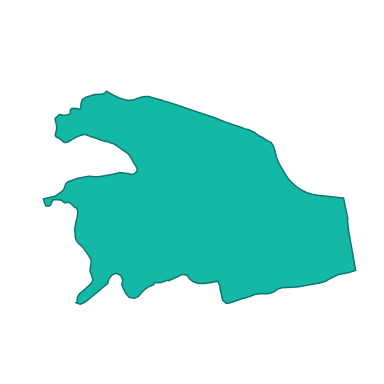 Al Qubaytah, Lahij, Yemen, rotated 347°
{"feature_id": "15242507B21830684788724", "entity_name": "Al Qubaytah", "entity_type": "district", "adm_level": 2, "iso_a3": "YEM", "parent_name": "Yemen", "parent_adm1": "Lahij", "projection": "mercator", "projection_center": [44.415, 13.329], "detail": "fine", "context": "isolated", "style": "filled", "palette": "teal", "viewbox_px": 384, "rotation_deg": 347, "n_neighbors": 0, "source": "geoboundaries", "source_scale": "gbopen_adm2", "svg_char_len": 4061}
<svg xmlns="http://www.w3.org/2000/svg" viewBox="0 0 384 384"><g transform="rotate(347 192 192)"><path d="M73.1,102.6L72.8,103.2L72.1,104.3L71.5,106.3L71.7,107.3L72.2,108.0L72.9,108.4L73.6,108.9L74.4,109.6L75.8,111.2L78.5,114.9L79.0,115.1L80.3,115.4L82.5,115.4L85.6,114.4L87.8,113.5L90.0,112.9L92.2,112.4L95.7,111.8L98.9,111.7L101.0,112.0L103.3,113.4L105.9,115.4L110.5,117.9L113.8,120.2L119.3,123.5L119.5,123.4L120.1,123.5L121.9,124.5L123.8,125.9L126.1,127.1L129.5,130.4L133.4,134.9L137.5,139.3L139.5,142.5L139.9,143.9L140.8,146.7L142.3,152.1L142.7,153.0L143.6,155.9L143.6,156.0L143.8,157.3L143.5,158.3L142.7,159.5L141.2,160.5L139.7,161.3L138.3,161.4L137.7,161.3L137.0,161.2L136.0,160.7L134.7,160.0L132.2,159.0L129.6,158.1L125.6,156.7L121.8,157.0L118.9,156.9L106.8,156.3L106.2,156.2L102.3,155.8L95.7,153.6L94.5,153.4L83.9,152.9L74.0,154.1L73.1,154.2L72.2,154.8L71.7,155.1L70.9,155.6L68.8,158.9L67.1,161.2L65.3,162.1L65.2,162.2L62.4,163.5L62.2,163.6L58.6,164.9L57.6,165.3L54.2,165.3L53.9,165.3L52.2,165.3L51.5,165.3L50.8,165.3L49.6,165.3L45.7,165.3L45.8,165.8L45.8,167.3L45.8,167.8L45.9,168.8L46.0,169.5L46.3,171.5L46.6,172.7L48.8,173.6L49.0,173.6L51.0,173.0L54.0,169.2L54.5,168.2L55.6,168.6L57.4,168.8L63.0,170.6L64.2,172.6L65.6,174.0L66.1,174.1L66.9,174.0L67.9,174.0L68.8,174.1L69.8,174.4L70.3,174.7L73.3,178.9L74.7,180.9L76.1,181.8L76.1,183.5L76.1,184.0L76.2,186.1L76.0,186.4L74.7,190.2L74.5,190.7L73.0,193.4L72.1,195.2L71.0,197.9L70.9,198.2L70.7,198.7L70.6,198.9L69.6,201.1L69.1,203.4L68.8,205.6L68.4,208.2L68.3,209.2L68.1,210.2L68.1,210.6L68.4,213.0L68.4,213.4L68.5,213.6L69.1,215.0L69.5,215.9L69.7,216.4L70.2,217.0L70.6,217.6L70.9,218.0L71.8,219.3L72.1,219.5L72.8,220.6L73.0,220.9L73.2,221.4L73.3,221.6L74.6,224.8L74.9,225.4L75.8,227.6L76.2,228.6L77.0,230.9L78.4,235.0L78.1,236.8L77.8,238.3L76.5,241.6L75.0,245.5L75.0,247.6L75.5,250.9L75.6,254.4L75.1,256.0L74.5,257.1L73.4,258.2L70.8,259.8L70.0,260.3L68.9,260.9L66.1,262.5L60.0,265.6L59.3,265.9L59.2,265.9L58.3,266.9L56.7,268.9L56.1,270.9L55.3,273.3L54.1,273.7L55.1,274.6L58.0,276.2L62.8,275.4L89.2,262.2L91.5,258.0L95.3,254.9L100.1,254.2L101.9,255.8L103.8,257.4L104.8,262.2L102.6,266.5L103.6,271.3L104.7,276.0L107.0,280.4L111.4,282.5L116.2,281.8L120.2,278.7L124.3,276.2L128.9,274.5L133.6,273.7L135.1,271.9L141.3,273.3L148.7,272.5L149.6,273.2L154.3,272.2L159.0,271.2L163.8,270.1L167.5,271.5L168.3,271.8L170.2,276.3L173.3,280.0L177.6,282.5L182.2,283.7L187.0,284.3L192.1,284.6L196.9,284.7L198.0,289.5L197.5,294.4L197.6,299.4L197.5,304.3L200.3,308.3L205.2,308.5L210.1,308.0L215.3,307.3L220.2,307.1L225.3,306.7L230.2,306.0L235.0,306.3L239.7,307.5L244.4,308.3L249.3,307.7L253.8,305.9L257.9,305.5L273.9,308.3L297.1,309.4L298.5,309.3L301.8,309.0L306.5,307.6L311.3,306.4L316.0,305.4L321.1,305.6L326.0,305.8L331.0,305.4L333.8,305.2L334.5,292.2L335.9,264.5L336.9,255.7L337.8,252.6L338.3,231.9L337.0,231.6L332.4,229.9L327.6,228.3L323.1,226.7L318.3,225.0L313.4,223.3L308.9,221.4L304.7,219.1L300.8,216.2L297.1,212.8L293.8,208.8L291.1,204.8L288.7,200.6L287.0,195.9L285.4,191.1L283.9,186.2L282.6,181.2L282.1,176.2L282.0,171.2L281.8,166.2L280.2,161.6L276.4,158.6L273.2,154.9L269.4,151.9L266.2,147.9L261.0,143.8L258.4,142.9L255.1,140.5L241.3,132.1L230.0,124.2L215.8,115.6L206.5,109.9L197.0,103.9L188.5,98.8L184.0,96.7L183.8,96.1L179.5,93.7L175.1,91.4L170.9,89.1L165.8,88.1L160.8,88.4L155.8,89.1L150.8,88.5L146.3,86.5L141.9,83.7L137.8,80.5L134.1,77.3L131.5,74.6L131.4,74.6L130.9,74.9L130.7,75.1L129.3,75.9L127.4,76.4L125.2,76.3L119.0,75.1L109.6,75.8L107.3,76.7L106.1,77.2L105.0,78.6L103.9,80.6L102.4,85.1L101.8,85.6L101.0,85.9L100.2,85.8L99.4,85.2L98.7,84.7L98.1,84.4L97.4,84.3L96.6,84.3L95.9,84.2L95.2,83.8L94.7,83.6L94.1,83.5L93.4,83.5L92.9,83.9L92.1,84.7L91.6,85.4L91.6,85.9L91.5,86.1L91.4,86.8L91.3,87.6L90.8,88.2L90.2,88.5L88.9,88.7L87.3,88.8L86.3,88.7L85.3,88.7L84.6,88.6L83.5,88.1L81.9,87.3L80.8,86.8L80.1,86.8L79.7,87.0L79.2,87.1L78.4,87.6L77.3,88.4L76.4,88.8L75.5,89.3L75.0,90.5L74.8,92.2L74.9,92.7L75.0,95.7L74.9,97.5L74.5,99.2L73.7,101.3L73.1,102.6Z" fill="#14b8a6" stroke="#0f766e" stroke-width="1.5"/></g></svg>